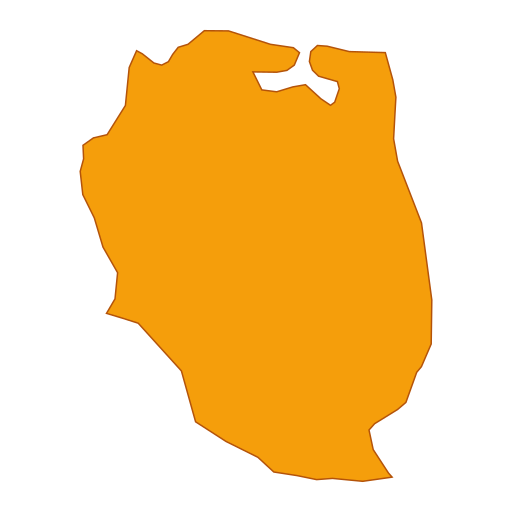 Nord-Est, Robinson projection
{"feature_id": "HTI-1386", "entity_name": "Nord-Est", "entity_type": "Department", "adm_level": 1, "iso_a3": "HTI", "parent_name": "Haiti", "parent_adm1": "", "projection": "robinson", "projection_center": [-71.895, 19.504], "detail": "fine", "context": "isolated", "style": "filled", "palette": "amber", "viewbox_px": 512, "rotation_deg": 0, "n_neighbors": 0, "source": "natural_earth", "source_scale": "10m", "svg_char_len": 1025}
<svg xmlns="http://www.w3.org/2000/svg" viewBox="0 0 512 512"><path d="M385.3,52.6L392.8,79.8L395.9,97.2L395.0,112.9L393.6,138.8L397.6,161.2L421.5,222.9L431.8,300.0L431.2,344.0L421.4,366.7L416.7,372.3L405.9,402.4L397.7,409.4L374.6,423.7L369.0,430.0L373.2,449.6L388.5,473.1L392.1,477.1L391.7,477.2L362.7,481.3L332.4,478.4L316.6,479.6L297.1,475.6L273.8,472.0L257.9,457.3L226.1,441.5L195.6,421.8L181.4,370.9L138.2,323.2L122.2,318.1L106.5,313.4L115.0,298.9L117.6,272.7L103.0,247.1L94.3,217.9L82.8,194.6L80.2,171.4L83.6,158.9L83.0,145.3L93.4,137.9L107.1,134.7L125.4,105.5L129.2,67.5L132.5,60.0L136.6,50.7L142.3,53.8L153.9,63.0L161.7,65.1L168.4,61.7L172.7,54.4L178.2,47.3L188.0,44.3L204.3,30.7L228.5,30.9L270.4,44.3L293.4,47.7L299.5,52.7L294.3,65.1L286.9,70.4L276.8,72.2L252.9,71.9L261.8,89.9L276.7,91.8L292.8,86.9L305.5,84.7L320.9,98.8L330.5,105.3L334.7,102.2L339.3,88.7L337.4,81.6L318.6,76.2L312.5,70.2L309.4,61.5L310.8,51.6L317.4,45.5L327.2,46.2L349.3,51.6L385.3,52.6Z" fill="#f59e0b" stroke="#b45309" stroke-width="1.5"/></svg>